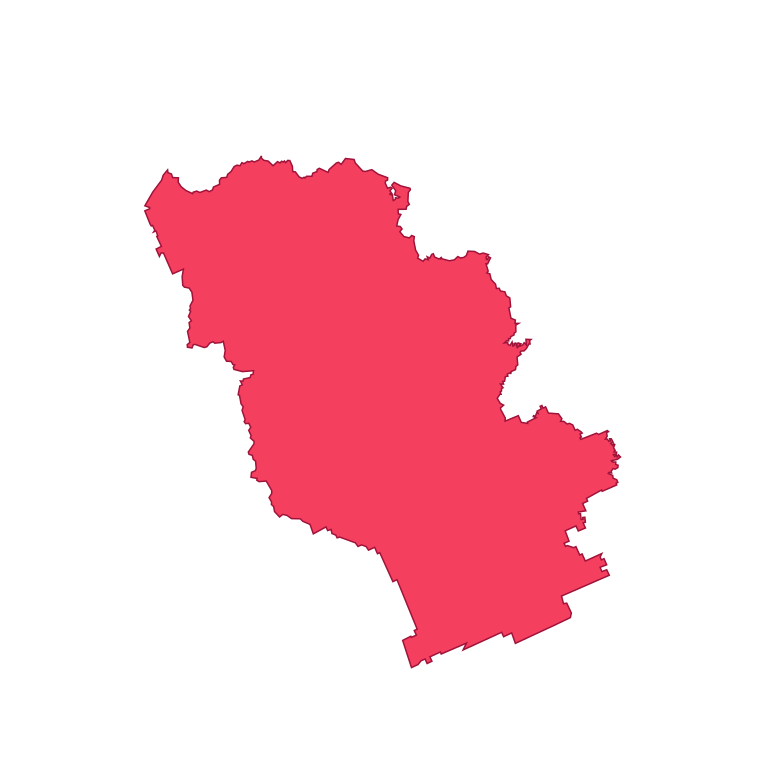 Greater Hume, New South Wales, Australia, rotated 237°
{"feature_id": "25037944B5872723036943", "entity_name": "Greater Hume", "entity_type": "district", "adm_level": 2, "iso_a3": "AUS", "parent_name": "Australia", "parent_adm1": "New South Wales", "projection": "orthographic", "projection_center": [147.32, -35.758], "detail": "fine", "context": "isolated", "style": "filled", "palette": "rose", "viewbox_px": 768, "rotation_deg": 237, "n_neighbors": 0, "source": "geoboundaries", "source_scale": "gbopen_adm2", "svg_char_len": 6167}
<svg xmlns="http://www.w3.org/2000/svg" viewBox="0 0 768 768"><g transform="rotate(237 384 384)"><path d="M341.3,531.5L344.2,527.4L339.4,524.7L342.3,524.0L341.2,521.7L341.7,518.5L342.7,518.5L343.1,520.7L345.4,518.9L345.0,516.4L342.1,516.8L341.9,515.6L346.6,516.8L347.1,515.2L345.4,514.4L345.5,512.8L349.5,514.3L347.7,510.7L349.7,509.5L351.4,510.4L352.9,507.3L353.5,510.4L352.3,512.2L354.2,513.2L353.3,514.5L354.7,516.3L354.3,519.7L355.7,520.7L355.9,523.0L361.6,526.6L361.5,530.0L363.5,526.9L366.1,529.0L370.0,526.3L379.8,530.2L379.8,532.3L387.7,536.4L391.3,534.6L395.5,535.6L398.6,532.3L401.5,532.8L402.9,530.3L406.9,531.9L413.3,530.8L418.8,532.8L421.1,530.8L422.0,532.9L429.3,535.0L428.3,536.3L431.8,542.1L433.9,540.9L432.0,538.7L432.8,537.8L435.0,538.9L435.6,542.1L439.8,538.5L441.0,534.8L445.8,532.2L449.7,526.8L446.9,523.0L446.7,520.0L448.0,516.9L450.7,515.3L449.8,510.6L451.8,505.9L457.3,500.9L459.0,500.9L458.8,499.5L457.8,500.1L459.4,497.9L462.9,495.6L466.4,496.3L466.7,494.6L464.7,491.0L467.2,489.5L464.2,488.7L466.6,486.6L465.6,483.6L471.2,480.8L473.2,483.1L479.0,483.4L487.9,487.0L491.1,489.7L493.5,488.1L492.7,484.9L496.8,481.0L503.1,480.2L504.2,483.6L507.2,483.4L509.6,480.7L514.2,485.4L517.0,490.5L518.9,488.7L522.8,491.0L518.5,497.7L520.6,499.7L520.9,503.1L524.0,503.4L531.4,508.7L532.6,512.0L534.0,512.4L541.0,506.0L547.6,502.3L546.5,498.8L539.7,499.1L537.0,495.9L532.2,499.1L532.2,497.0L534.0,495.1L532.6,493.9L532.8,491.7L537.7,493.9L540.6,491.9L539.2,494.3L542.9,494.2L543.7,497.3L545.4,496.8L546.3,493.6L551.9,494.5L553.4,495.9L553.0,498.0L555.0,499.4L563.1,493.4L570.4,490.5L572.4,484.1L574.2,482.1L585.0,480.3L588.6,481.2L594.1,474.5L591.5,467.7L594.7,466.6L595.3,464.4L593.8,454.8L592.0,452.3L600.1,447.3L600.3,444.8L598.7,443.4L599.6,439.1L597.5,436.6L600.4,432.2L599.8,429.9L600.9,429.6L601.1,427.3L604.0,425.6L610.2,425.2L611.8,423.2L616.7,425.8L622.7,426.7L624.0,425.0L623.2,422.1L625.3,421.9L625.0,420.5L626.6,419.4L626.0,417.2L628.5,415.8L627.5,409.8L634.0,408.3L637.1,405.0L640.3,404.2L642.0,405.5L640.0,401.0L640.9,396.1L643.0,394.8L643.8,391.5L644.9,391.0L645.1,386.6L647.0,385.4L645.5,382.1L647.6,379.9L648.0,376.8L645.5,371.5L645.0,367.1L643.0,364.6L645.5,359.9L644.6,357.1L641.0,354.8L642.1,348.3L640.2,345.9L640.5,342.2L643.4,340.6L644.9,333.9L647.8,332.0L648.8,328.4L647.9,327.2L654.2,323.2L660.1,321.3L665.3,321.3L668.9,323.9L672.2,319.2L676.0,320.1L678.9,317.9L681.4,319.1L679.4,312.6L676.0,308.4L670.9,294.6L663.7,280.5L659.6,283.6L658.6,282.9L659.5,277.7L645.3,274.9L643.3,274.9L643.0,276.3L637.7,275.5L637.0,273.7L636.6,275.9L635.6,276.0L631.4,274.9L631.6,273.8L620.7,272.3L621.3,266.4L613.3,265.1L615.3,268.3L613.9,270.4L591.5,266.7L589.6,278.4L584.0,273.2L576.4,269.0L574.0,269.3L570.6,272.8L565.7,272.9L558.3,269.4L555.1,263.8L552.6,262.8L552.0,261.0L550.2,261.4L547.1,256.8L541.9,256.9L541.7,254.0L536.6,251.6L535.2,247.9L524.6,243.8L524.2,240.4L521.9,239.2L518.8,242.6L520.8,245.4L520.2,247.0L512.5,253.1L511.7,255.8L513.2,260.1L512.6,263.5L510.4,264.3L507.5,269.9L507.4,272.5L498.6,269.1L493.8,264.7L488.9,264.3L486.1,268.1L482.7,267.9L481.4,269.2L480.1,266.7L478.0,266.1L471.5,272.0L466.2,281.8L463.5,279.5L464.2,277.5L462.3,275.2L464.7,268.9L463.2,267.1L464.8,265.2L460.5,264.7L460.9,262.0L454.4,255.8L453.2,256.6L445.2,253.3L441.6,253.5L439.2,250.6L429.6,248.1L428.6,246.2L426.1,246.3L424.7,249.2L420.3,248.7L418.8,245.3L413.0,244.4L411.6,242.5L406.6,243.8L404.6,242.3L400.8,233.1L398.5,232.5L395.9,234.7L392.0,233.3L389.3,234.3L382.7,230.8L381.4,228.7L382.1,224.8L378.2,221.6L374.0,226.1L372.5,224.9L370.2,226.0L366.7,232.4L355.8,231.8L353.3,230.1L351.3,225.7L346.4,225.5L344.2,223.9L341.4,224.7L336.6,222.7L329.3,224.0L329.8,228.0L326.6,231.1L321.5,233.1L316.5,240.4L313.1,241.1L306.5,245.5L296.8,243.1L295.7,257.5L291.8,256.9L290.8,260.4L287.0,258.9L283.4,261.3L280.5,260.9L279.8,263.4L266.4,273.5L261.9,273.7L261.3,277.5L257.4,280.5L253.1,280.5L252.1,287.2L245.2,286.1L244.8,288.6L213.4,283.8L212.8,288.3L160.3,278.3L160.8,275.1L155.8,274.4L156.6,269.0L157.8,269.1L158.8,260.0L131.2,252.6L130.2,259.7L131.7,264.3L131.0,268.7L126.1,267.9L125.4,273.2L130.2,273.9L128.5,285.3L126.4,284.9L121.8,312.0L117.9,305.5L111.7,347.4L106.9,346.7L105.7,355.5L94.9,352.9L88.5,398.4L86.6,413.1L89.9,416.4L100.7,417.9L102.0,414.9L109.5,417.4L100.9,468.8L106.9,469.6L108.0,464.6L112.6,465.4L111.1,472.3L117.7,473.4L118.1,470.5L121.1,471.0L123.2,474.3L125.9,456.4L133.6,457.6L134.0,455.0L143.1,456.4L143.4,454.0L148.7,449.7L149.0,447.8L152.3,448.3L151.4,453.6L162.2,456.0L160.4,467.7L154.9,466.9L153.5,474.5L159.1,475.4L158.4,477.6L162.9,479.9L163.8,478.0L162.2,477.2L163.0,475.5L168.3,478.2L169.1,476.5L170.8,477.3L167.7,484.2L175.6,485.5L174.9,491.0L177.8,491.5L176.6,508.7L175.2,508.5L172.6,524.2L174.4,524.7L174.1,526.5L176.9,527.1L180.3,524.8L182.7,526.0L186.8,523.3L187.3,524.8L185.4,526.4L187.1,527.1L188.3,530.1L186.7,531.4L186.5,534.6L188.4,536.1L190.3,534.5L192.3,535.9L194.3,533.0L195.8,532.9L193.7,538.7L194.0,542.6L196.8,542.0L196.0,539.8L198.1,540.3L197.4,538.0L199.8,537.9L198.7,540.8L200.1,542.0L201.9,539.9L202.4,541.7L205.5,541.8L207.6,544.6L208.8,543.9L207.9,542.4L210.7,541.8L210.3,544.4L214.2,544.8L215.2,543.4L213.0,542.8L213.5,541.4L216.1,541.3L217.2,539.6L218.7,542.8L222.1,544.2L221.7,546.4L223.3,546.0L224.8,536.6L227.0,535.4L230.4,518.8L232.2,519.1L232.0,520.7L235.2,521.1L234.9,523.5L236.4,523.3L240.7,521.5L241.1,519.1L246.9,520.0L250.0,518.1L250.7,515.8L254.7,514.5L256.5,511.7L258.0,514.3L264.0,514.0L270.1,506.0L276.8,507.1L277.2,504.2L280.0,504.7L280.3,502.8L277.5,502.3L277.8,497.6L275.5,497.2L276.7,496.4L274.5,493.4L276.0,492.2L275.4,491.4L272.9,493.2L274.0,483.5L272.7,483.0L277.1,478.2L284.3,479.4L286.9,465.4L289.4,467.2L299.0,468.0L300.5,468.6L301.1,472.8L304.4,471.0L310.3,471.1L312.2,475.5L311.6,476.6L314.1,477.1L314.1,478.7L316.3,480.2L316.0,481.8L320.6,481.6L318.8,484.2L321.5,485.0L320.6,486.6L324.1,489.8L323.1,492.2L325.1,492.7L324.7,496.1L323.4,495.7L325.2,497.5L324.4,502.1L326.9,504.2L327.2,506.6L334.2,510.3L334.3,515.2L336.5,515.4L337.0,516.9L335.5,519.4L336.2,522.8L338.6,527.2L338.0,528.3L341.1,529.8L341.3,531.5Z" fill="#f43f5e" stroke="#9f1239" stroke-width="1.5"/></g></svg>